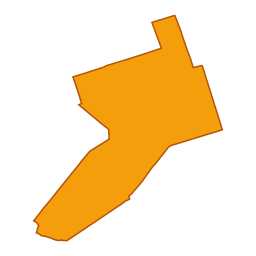 Lunca, Teleorman, Romania (Equal Earth projection)
{"feature_id": "2599482B88621270188908", "entity_name": "Lunca", "entity_type": "district", "adm_level": 2, "iso_a3": "ROU", "parent_name": "Romania", "parent_adm1": "Teleorman", "projection": "equal_earth", "projection_center": [24.774, 43.859], "detail": "fine", "context": "isolated", "style": "filled", "palette": "amber", "viewbox_px": 256, "rotation_deg": 0, "n_neighbors": 0, "source": "geoboundaries", "source_scale": "gbopen_adm2", "svg_char_len": 1542}
<svg xmlns="http://www.w3.org/2000/svg" viewBox="0 0 256 256"><path d="M60.8,240.4L61.3,239.9L62.1,239.9L62.4,240.5L65.3,240.6L65.5,240.6L67.2,240.6L69.0,239.2L75.6,234.9L88.9,225.9L98.2,219.7L110.5,211.4L124.1,202.2L125.2,201.1L125.8,200.7L127.4,200.3L129.7,199.0L128.8,196.3L131.6,193.8L133.8,191.2L140.8,183.1L142.9,180.5L145.1,177.3L148.0,173.2L151.5,168.3L153.5,165.8L155.4,163.8L163.9,153.0L167.5,148.4L168.4,147.3L170.8,145.6L222.3,129.8L219.7,121.3L215.4,107.4L214.5,104.8L210.2,90.9L207.3,81.8L202.6,66.7L202.0,65.5L201.9,65.5L196.0,66.9L194.6,67.3L193.3,67.6L190.1,57.6L187.4,50.6L184.1,41.0L181.5,33.4L181.3,32.2L178.3,24.4L176.6,19.9L174.8,15.4L174.4,15.5L151.9,22.4L161.4,48.2L154.9,50.4L140.3,55.2L134.8,56.9L117.9,62.2L115.8,62.8L106.3,65.7L105.7,65.9L103.8,67.1L95.5,69.8L80.1,74.7L72.9,76.9L73.1,77.4L77.7,90.8L81.3,102.5L81.6,103.5L79.0,104.7L78.8,104.8L95.4,118.6L101.4,123.7L108.1,128.9L108.7,129.8L109.2,138.8L109.2,139.1L89.8,151.2L84.1,158.0L81.4,161.2L79.2,164.2L76.9,167.1L75.1,169.3L72.3,172.7L68.3,177.7L66.0,180.5L64.2,182.7L57.7,190.8L54.4,195.0L50.6,199.6L46.9,204.3L43.6,208.1L33.7,220.9L36.7,222.6L38.7,225.6L37.7,228.0L37.5,228.4L37.7,228.5L37.6,228.8L36.7,231.5L36.3,232.8L36.9,233.0L38.0,233.5L39.1,234.1L39.5,234.3L40.1,234.6L40.4,234.9L40.7,235.1L41.5,235.7L44.5,236.3L45.1,236.4L45.7,236.5L45.8,236.6L47.2,236.8L50.1,237.8L50.5,237.9L52.4,238.7L54.0,239.4L55.5,239.9L56.7,240.2L57.3,240.4L58.1,240.4L58.5,240.4L59.2,240.4L60.2,240.3L60.8,240.4Z" fill="#f59e0b" stroke="#b45309" stroke-width="1.5"/></svg>